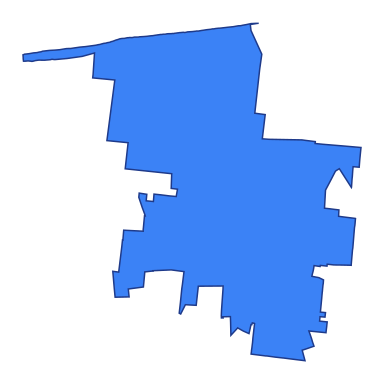 Dzemul, Yucatán, Mexico
{"feature_id": "50627088B35219806779119", "entity_name": "Dzemul", "entity_type": "district", "adm_level": 2, "iso_a3": "MEX", "parent_name": "Mexico", "parent_adm1": "Yucatán", "projection": "orthographic", "projection_center": [-89.351, 21.252], "detail": "fine", "context": "isolated", "style": "filled", "palette": "blue", "viewbox_px": 384, "rotation_deg": 0, "n_neighbors": 0, "source": "geoboundaries", "source_scale": "gbopen_adm2", "svg_char_len": 4151}
<svg xmlns="http://www.w3.org/2000/svg" viewBox="0 0 384 384"><path d="M92.7,77.9L114.8,80.0L106.9,140.6L128.1,142.7L125.2,168.8L141.3,170.5L171.7,173.7L171.2,188.4L177.5,189.2L176.2,196.5L169.4,195.9L161.4,194.9L154.0,194.1L153.4,201.5L146.2,200.8L146.8,194.3L139.2,193.1L138.8,197.3L142.3,207.7L144.7,214.2L145.2,215.9L144.5,215.8L143.4,227.6L143.2,229.5L143.2,231.2L123.7,230.2L122.9,240.1L122.5,240.0L121.9,245.7L121.9,245.8L118.7,272.1L112.8,271.3L114.3,288.8L115.1,297.2L129.1,296.9L128.3,289.0L143.4,287.0L144.5,275.3L144.8,271.9L151.9,271.1L153.0,271.1L152.9,270.7L171.2,269.9L184.0,271.6L182.4,284.5L181.8,288.6L180.4,302.7L179.2,313.2L180.7,314.0L185.4,304.7L190.3,305.0L194.1,305.2L196.2,305.3L198.3,286.2L223.1,286.0L223.0,289.2L222.6,294.7L221.7,307.7L221.5,310.7L221.3,315.6L221.4,317.9L223.1,317.9L222.9,316.8L229.9,316.6L230.4,316.6L230.6,322.5L230.9,335.3L237.7,327.9L237.8,328.0L243.4,331.1L249.0,333.6L251.0,324.6L251.8,324.7L252.3,322.9L254.5,323.4L254.6,323.5L254.3,325.8L252.9,338.1L252.7,340.7L252.5,342.8L252.1,345.9L251.9,347.8L251.5,350.4L251.4,351.9L251.2,353.1L251.1,354.1L266.2,356.0L266.5,355.9L270.0,356.4L275.8,357.2L276.0,357.2L280.4,357.7L283.2,358.0L283.4,358.0L288.8,358.7L294.4,359.4L305.0,360.7L302.2,350.2L306.2,348.9L314.0,346.2L312.7,342.5L311.6,338.8L310.9,336.7L308.9,331.0L326.0,332.7L326.1,331.5L326.7,326.6L326.9,324.5L327.2,321.9L319.6,321.1L320.0,316.7L325.0,317.1L325.5,312.6L320.4,312.1L321.7,298.5L321.8,297.3L321.9,296.1L322.3,291.7L322.4,291.4L322.6,288.8L323.0,284.9L323.3,283.2L323.3,282.9L323.5,279.9L321.3,278.8L319.6,278.0L319.3,277.8L319.0,277.7L317.7,277.4L316.5,277.2L311.9,276.3L312.2,274.7L313.1,271.2L313.5,269.3L314.1,265.6L320.1,266.5L320.3,265.4L327.0,266.1L327.2,264.2L333.6,264.9L337.2,265.0L339.7,265.0L349.4,265.2L351.2,265.3L351.2,264.9L352.1,254.5L352.5,249.9L352.7,248.8L352.9,247.1L354.1,232.3L354.5,227.5L354.9,225.2L355.1,223.1L355.4,219.5L355.5,218.5L355.3,218.4L355.2,218.4L343.9,217.0L338.6,216.3L338.9,209.9L333.8,209.3L330.0,208.8L324.5,208.2L325.5,190.2L326.1,189.0L328.7,184.1L331.6,178.6L332.0,177.8L334.6,172.8L335.5,171.1L336.7,170.3L339.3,168.7L340.3,170.2L351.4,187.5L351.5,187.2L351.6,185.7L351.7,184.3L351.8,182.8L351.9,181.3L352.1,178.5L352.3,177.0L352.4,175.6L352.5,174.1L352.6,172.7L352.7,171.2L352.9,168.9L353.1,166.7L359.2,167.2L359.8,159.5L361.0,147.5L347.2,146.3L345.0,146.1L323.2,144.3L315.1,143.5L315.3,141.6L304.8,140.3L302.0,139.9L268.9,139.3L262.3,138.8L265.2,114.6L254.8,113.2L259.7,69.2L261.5,56.4L261.8,54.2L252.4,33.6L251.0,30.5L250.3,24.5L257.4,23.4L258.7,23.3L254.7,23.4L253.1,23.5L250.8,23.6L250.2,23.8L249.1,24.0L246.3,24.6L242.9,25.2L240.7,25.7L238.3,25.8L233.2,26.7L228.2,27.2L221.4,28.0L219.3,28.2L218.4,28.2L217.7,28.3L215.7,28.5L213.7,28.9L212.5,28.9L210.5,29.3L208.5,29.5L206.7,29.7L203.6,30.2L201.4,30.5L198.1,31.1L196.8,31.0L195.8,31.2L193.9,31.4L192.2,31.6L190.5,31.7L187.5,31.9L186.0,32.3L184.8,32.5L183.3,32.3L181.3,32.5L180.2,32.6L179.6,32.6L178.7,32.8L177.5,32.9L175.6,33.2L175.0,33.2L173.9,33.5L172.4,33.5L172.0,33.6L169.8,33.7L168.7,33.7L167.1,33.8L165.2,34.2L163.5,34.2L161.3,34.5L160.1,34.5L159.3,34.7L157.6,34.9L156.3,35.1L154.3,35.4L152.6,35.7L151.9,35.7L151.1,35.8L149.1,36.0L147.0,36.3L143.1,36.6L139.5,36.8L138.8,37.0L137.0,37.1L136.2,37.1L135.6,37.1L134.5,37.1L133.5,37.3L132.7,37.5L131.5,37.6L129.8,37.5L128.7,37.7L127.7,37.7L126.6,37.9L124.3,38.4L123.1,38.4L121.9,38.5L120.9,38.6L120.2,38.8L119.5,38.9L118.3,39.4L115.8,40.1L113.8,40.9L112.4,41.4L111.0,41.7L110.1,42.2L108.5,42.5L107.2,42.7L106.0,43.1L103.6,43.4L102.1,43.8L101.0,44.1L100.1,44.4L98.1,44.7L95.9,45.2L92.2,45.7L85.5,46.6L80.0,47.1L75.2,47.8L70.5,48.5L68.6,48.5L66.3,48.6L59.7,49.7L55.1,50.1L51.5,50.3L49.6,50.4L46.9,50.7L45.3,50.9L42.6,51.2L41.0,51.8L39.0,52.1L37.0,52.6L33.4,52.9L31.2,53.3L28.9,53.7L26.3,54.0L24.4,54.2L23.7,54.6L23.0,54.8L23.1,56.4L23.2,57.9L23.2,58.9L23.4,60.4L23.5,61.2L24.9,61.2L27.1,61.0L28.1,60.9L30.7,61.2L31.9,61.4L33.1,61.2L35.3,60.6L38.9,60.1L43.2,60.2L44.5,60.2L50.4,59.7L51.3,59.4L52.5,59.3L53.6,59.5L54.8,59.6L67.0,58.5L82.2,56.4L94.5,53.0L93.1,74.3L92.7,77.9Z" fill="#3b82f6" stroke="#1e3a8a" stroke-width="1.5"/></svg>